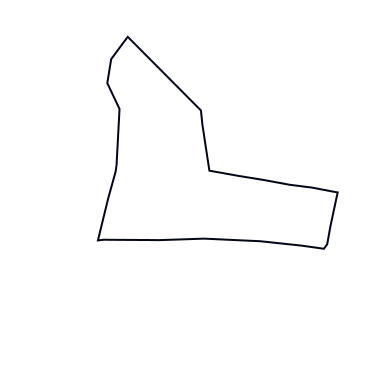 Paulis, Arad, Romania, rotated 214°
{"feature_id": "2599482B19247594544458", "entity_name": "Paulis", "entity_type": "district", "adm_level": 2, "iso_a3": "ROU", "parent_name": "Romania", "parent_adm1": "Arad", "projection": "natural_earth1", "projection_center": [21.5, 46.27], "detail": "fine", "context": "isolated", "style": "outline", "palette": "ink", "viewbox_px": 384, "rotation_deg": 214, "n_neighbors": 0, "source": "geoboundaries", "source_scale": "gbopen_adm2", "svg_char_len": 670}
<svg xmlns="http://www.w3.org/2000/svg" viewBox="0 0 384 384"><g transform="rotate(214 192 192)"><path d="M332.0,284.7L332.2,281.0L332.5,275.2L333.3,256.9L332.2,254.6L323.1,234.9L298.5,220.3L269.7,172.3L266.8,166.4L257.6,139.0L244.0,102.2L243.1,99.8L242.9,99.3L242.2,99.9L241.0,100.9L240.2,101.6L239.2,102.4L238.6,103.0L225.3,111.8L209.4,122.4L200.4,128.4L192.5,133.6L175.9,145.6L155.9,160.1L107.8,189.4L71.2,208.8L50.9,218.7L50.7,224.3L53.6,230.9L57.7,240.1L62.5,252.0L71.0,273.1L75.7,271.0L94.7,262.9L115.3,252.5L138.5,242.4L161.9,231.6L164.6,230.4L187.0,220.5L189.5,219.4L220.9,253.5L230.2,264.6L332.0,284.7Z" fill="none" stroke="#020617" stroke-width="2"/></g></svg>